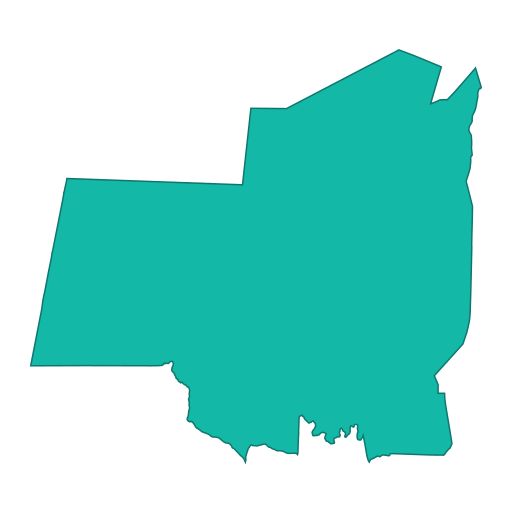 Ganze, Coast, Kenya (Equal Earth projection)
{"feature_id": "3690345B60815732971252", "entity_name": "Ganze", "entity_type": "district", "adm_level": 2, "iso_a3": "KEN", "parent_name": "Kenya", "parent_adm1": "Coast", "projection": "equal_earth", "projection_center": [39.55, -3.436], "detail": "fine", "context": "isolated", "style": "filled", "palette": "teal", "viewbox_px": 512, "rotation_deg": 0, "n_neighbors": 0, "source": "geoboundaries", "source_scale": "gbopen_adm2", "svg_char_len": 6089}
<svg xmlns="http://www.w3.org/2000/svg" viewBox="0 0 512 512"><path d="M414.5,55.8L398.9,49.9L286.5,108.6L250.9,108.3L242.5,184.8L66.9,178.5L66.7,180.2L65.3,186.4L64.2,191.7L63.8,192.3L63.9,193.0L62.6,200.5L61.2,207.6L52.7,250.5L52.0,253.3L51.4,257.6L50.5,262.1L48.5,271.9L44.9,290.9L44.2,294.1L43.7,296.1L43.6,296.9L42.9,300.4L41.8,308.6L41.1,312.4L30.7,365.8L84.6,365.6L128.8,365.7L144.3,365.7L150.1,365.8L154.0,365.7L157.8,365.7L161.9,365.4L162.6,365.1L163.7,364.2L163.9,363.6L164.2,363.1L164.7,363.2L165.2,363.6L165.8,363.4L166.3,363.4L167.0,363.3L167.5,363.3L168.0,363.5L168.6,363.3L169.6,362.2L170.6,361.5L171.3,361.4L172.1,361.4L172.6,361.8L172.9,362.3L173.2,363.2L173.3,364.0L173.2,364.9L172.9,365.8L172.2,367.2L172.0,368.1L171.8,368.9L171.8,369.6L171.8,370.3L172.1,371.1L172.6,371.8L173.1,372.3L173.8,372.7L174.2,373.3L174.3,374.0L174.8,374.8L175.1,375.8L175.6,376.3L175.9,377.0L176.0,378.1L177.0,379.0L177.5,379.0L177.9,379.4L178.0,380.3L178.8,381.5L179.6,381.7L180.2,382.4L180.8,382.9L181.3,382.5L181.9,382.3L182.4,382.4L182.8,382.7L183.0,383.5L184.0,384.2L184.5,384.7L185.4,384.9L186.1,385.3L186.8,386.1L187.3,386.9L188.4,387.1L188.8,387.7L189.1,388.4L189.5,389.6L189.6,390.5L189.5,391.2L189.5,391.9L189.2,393.5L189.2,394.2L189.3,395.1L189.4,396.0L189.6,396.8L189.2,397.4L189.0,398.0L188.6,398.7L188.6,399.6L188.8,400.5L189.1,401.2L189.2,402.9L189.1,404.7L189.1,405.5L189.3,406.1L189.5,407.0L189.5,408.1L189.3,409.3L189.1,410.2L188.7,410.8L188.7,411.5L188.6,412.5L188.1,416.8L187.6,417.2L187.3,418.0L187.3,418.8L187.2,419.7L187.7,420.5L188.2,420.8L188.6,421.3L189.3,421.6L189.8,421.8L190.2,421.3L190.7,421.4L191.4,421.8L192.0,421.6L192.5,422.1L194.2,424.3L194.6,424.9L195.4,426.5L195.9,427.2L196.3,427.6L196.7,428.0L199.6,429.8L201.8,431.6L202.9,432.1L207.6,433.8L208.4,434.2L209.1,434.6L210.9,436.1L212.3,436.9L212.8,437.0L215.6,437.1L216.8,437.3L217.4,437.4L218.6,437.8L220.2,438.9L222.4,440.8L224.4,442.3L225.8,442.9L228.6,443.3L229.4,443.7L230.0,444.2L230.9,445.1L231.7,446.3L232.0,447.2L232.5,448.0L233.3,448.2L234.0,448.6L236.4,451.0L238.7,453.5L239.2,454.0L240.4,455.4L242.4,457.0L243.3,458.0L244.3,459.6L245.4,462.1L245.8,460.4L245.8,459.5L245.7,456.9L246.0,455.6L246.7,453.5L246.9,452.6L247.3,451.6L247.6,450.7L248.2,448.7L248.4,448.1L248.9,447.8L249.4,447.1L250.4,445.5L251.0,444.9L251.7,445.1L252.4,445.5L254.3,445.7L256.9,445.9L257.9,445.8L259.9,445.1L260.5,444.9L261.0,445.0L263.1,444.2L264.1,444.1L265.2,444.1L265.8,444.4L266.3,444.8L268.4,446.8L269.1,447.2L270.2,447.3L270.8,447.6L271.3,448.1L271.8,448.5L272.9,449.0L274.3,449.3L274.9,449.6L276.1,450.4L276.8,450.6L277.9,450.8L279.8,450.7L282.5,451.1L284.4,451.9L286.1,452.8L286.8,453.0L288.1,453.3L290.6,453.4L292.8,453.2L295.4,453.3L296.1,453.4L296.6,453.6L297.5,454.6L297.7,454.0L297.9,452.4L298.1,446.7L298.2,442.8L298.5,436.2L298.7,433.9L298.6,431.7L299.1,417.3L299.3,416.5L299.9,416.1L301.6,415.6L302.1,415.2L302.6,415.5L302.7,416.3L303.9,417.1L304.2,417.6L304.3,418.5L305.0,419.4L306.7,421.0L307.3,421.7L308.0,422.2L308.5,422.8L308.9,423.1L310.3,422.5L311.2,422.2L311.8,421.5L312.3,421.1L313.0,420.8L313.5,421.2L313.8,421.8L314.3,422.5L315.3,423.4L315.5,424.2L315.5,424.8L315.5,426.5L315.2,427.2L314.8,427.9L314.1,429.1L313.1,430.3L312.3,431.7L312.1,432.4L312.8,435.4L313.4,435.8L315.6,435.5L316.3,435.3L316.9,435.6L317.3,435.1L317.9,435.0L318.6,435.0L319.3,434.7L319.7,434.0L321.0,432.9L321.7,432.5L322.3,432.2L323.0,432.6L323.8,432.6L324.9,432.9L325.5,433.3L326.1,433.9L326.0,434.5L325.2,436.1L325.0,437.1L324.8,438.0L324.9,438.7L325.3,439.1L325.5,439.8L326.5,441.3L327.1,441.4L327.6,441.4L328.3,441.6L328.7,442.3L329.9,443.0L330.6,443.7L331.3,443.8L331.8,443.7L333.7,443.4L334.3,443.1L334.4,442.4L334.3,441.5L333.9,440.6L333.8,439.8L333.8,438.8L334.3,438.3L336.3,437.5L337.0,437.0L337.5,436.6L338.1,436.8L338.6,437.0L339.2,437.0L339.7,436.6L340.2,435.3L340.1,434.7L339.7,434.0L339.5,433.2L339.4,432.3L339.7,431.8L340.0,431.2L340.0,429.4L340.3,428.9L340.7,428.6L341.3,428.2L342.0,428.6L342.4,429.6L342.7,430.7L343.4,431.1L344.5,431.8L345.1,432.6L345.5,433.4L345.5,434.2L345.0,435.4L344.8,436.2L344.9,436.9L345.5,437.2L346.1,437.1L346.5,436.7L347.1,435.6L349.0,434.0L349.4,433.6L349.7,433.0L350.3,431.3L350.0,429.5L350.0,428.8L350.2,427.9L350.4,426.8L350.9,425.8L351.6,426.0L353.0,426.9L353.4,427.1L353.9,426.9L354.1,426.1L354.3,425.1L354.8,424.5L355.5,424.4L356.1,424.4L357.0,424.6L357.7,425.6L357.7,426.6L357.4,428.0L357.4,428.8L357.6,429.5L357.9,430.3L357.9,431.2L357.8,431.9L357.2,434.3L357.1,435.1L357.2,437.5L357.3,438.3L357.6,439.1L358.0,439.6L360.0,440.1L360.8,439.9L362.7,437.0L363.2,435.5L364.8,443.5L366.6,454.0L367.1,456.6L367.6,458.4L368.2,460.2L368.5,461.0L369.3,462.1L370.3,460.0L370.7,459.5L371.2,459.2L372.5,458.7L373.1,458.6L373.9,458.2L374.4,457.6L375.5,457.3L376.8,456.3L377.5,456.2L378.4,456.2L379.3,456.7L380.2,456.6L380.9,456.1L381.4,455.6L382.0,455.2L383.4,455.0L384.2,455.0L385.6,455.4L386.2,455.1L387.2,455.5L388.3,455.8L389.6,455.5L389.8,454.7L390.4,453.8L391.5,453.6L431.7,455.0L443.8,455.1L444.3,454.6L446.3,451.9L448.5,449.3L449.5,448.6L450.0,448.1L451.7,444.4L451.9,443.5L451.0,437.6L445.7,405.5L444.8,399.0L444.6,393.3L438.1,393.3L438.1,384.9L437.0,382.0L434.3,375.7L462.9,344.0L466.9,332.1L468.7,324.2L469.4,320.8L469.9,316.1L470.3,310.4L470.3,307.4L470.8,291.1L471.8,247.2L471.7,244.6L471.9,233.5L472.3,218.7L472.5,206.7L472.4,206.0L471.1,200.8L467.3,185.7L467.0,185.0L466.8,184.2L466.2,181.4L466.3,180.5L468.4,174.3L469.1,171.6L469.8,169.4L470.0,168.6L470.8,161.3L470.7,160.2L470.7,157.0L472.2,155.1L471.8,151.4L471.4,147.3L471.6,146.4L471.7,142.4L471.5,138.6L471.3,136.1L471.1,134.9L469.5,132.1L468.9,130.3L469.0,127.9L469.3,126.8L469.7,125.7L471.4,123.1L472.0,121.7L472.2,120.9L472.2,118.1L472.3,116.5L472.8,114.8L474.3,112.0L475.3,109.4L475.6,108.5L476.4,104.7L476.6,103.0L477.8,97.0L477.8,92.6L477.9,91.8L478.4,90.9L478.8,89.6L479.2,88.9L479.7,88.4L480.2,88.7L480.9,88.1L481.3,87.6L480.4,84.4L475.5,68.0L467.6,77.2L458.3,87.8L454.9,91.7L447.3,99.7L440.2,99.8L436.0,101.8L430.6,103.8L441.3,66.9L414.5,55.8Z" fill="#14b8a6" stroke="#0f766e" stroke-width="1.5"/></svg>